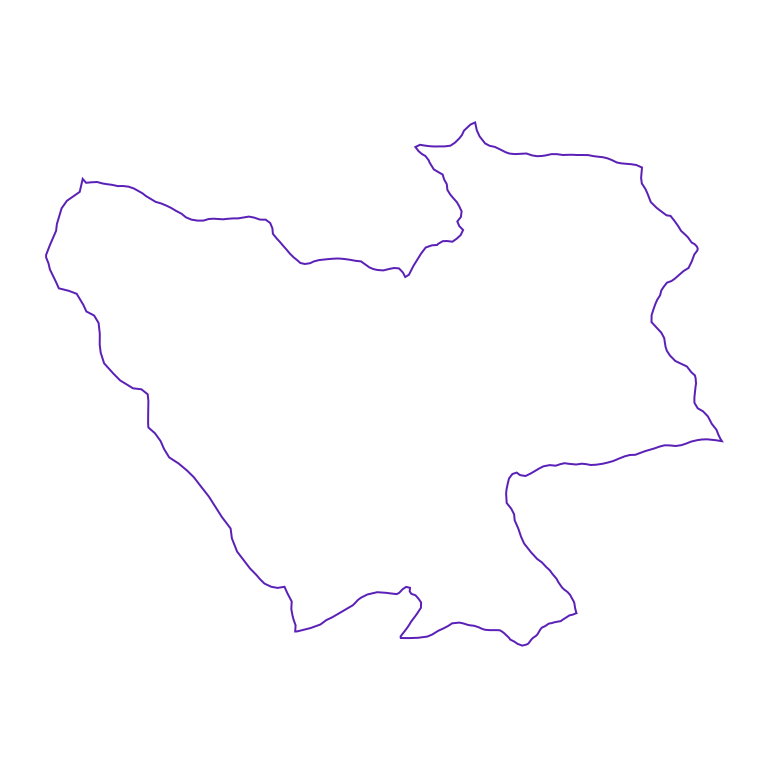 outline of Trashiyangtse, Tashi Yangtse, Bhutan
{"feature_id": "84629894B34864763924152", "entity_name": "Trashiyangtse", "entity_type": "district", "adm_level": 2, "iso_a3": "BTN", "parent_name": "Bhutan", "parent_adm1": "Tashi Yangtse", "projection": "mercator", "projection_center": [91.488, 27.563], "detail": "fine", "context": "isolated", "style": "outline", "palette": "violet", "viewbox_px": 768, "rotation_deg": 0, "n_neighbors": 0, "source": "geoboundaries", "source_scale": "gbopen_adm2", "svg_char_len": 5346}
<svg xmlns="http://www.w3.org/2000/svg" viewBox="0 0 768 768"><path d="M82.7,178.9L79.7,191.9L66.9,200.8L61.6,208.3L56.9,224.0L56.1,230.8L49.9,245.1L46.1,254.9L46.1,257.4L48.5,263.4L49.9,269.4L56.1,282.2L58.8,288.3L68.7,290.8L76.7,293.8L83.3,304.8L86.4,311.5L94.1,315.5L98.6,323.0L99.8,333.9L99.7,344.5L100.7,352.7L104.1,363.3L113.1,373.3L120.1,380.4L133.0,388.3L141.4,389.3L147.7,394.3L148.4,401.0L148.2,412.0L148.1,423.3L148.4,427.5L155.0,433.3L160.6,441.1L164.0,448.9L169.2,457.4L178.6,463.5L187.0,470.5L193.9,477.3L199.1,484.1L208.8,496.5L222.0,517.2L230.6,528.5L231.9,538.4L237.1,551.6L249.9,568.3L256.8,575.4L259.9,579.1L264.5,583.6L271.3,586.8L277.6,587.9L284.5,586.8L287.5,593.5L289.9,598.0L291.7,601.5L291.3,609.0L292.4,615.0L293.4,619.1L295.6,625.4L295.2,631.5L297.2,631.4L310.4,628.1L320.4,624.5L326.3,620.1L332.4,617.2L338.4,613.7L349.8,607.0L352.8,605.3L355.2,602.9L358.0,599.9L360.8,597.8L367.3,594.5L377.2,592.2L385.9,592.8L391.3,593.5L396.7,594.1L399.1,592.9L402.7,589.2L406.1,586.9L410.0,587.8L409.7,591.4L411.3,593.8L415.5,595.3L418.6,598.8L421.1,602.5L420.9,607.8L417.1,613.6L415.1,616.4L412.5,619.8L411.0,621.8L409.3,624.7L407.4,627.5L406.0,629.4L400.6,636.4L400.8,638.0L409.0,638.1L417.9,637.8L427.2,636.6L432.3,634.5L438.2,630.8L443.7,628.3L448.4,625.8L452.2,623.3L459.4,622.6L463.2,623.4L467.9,624.9L470.7,625.4L473.6,625.7L474.9,626.0L476.9,626.7L479.3,627.5L480.8,628.3L482.3,628.9L485.2,629.8L489.2,630.1L495.9,630.1L499.9,630.3L502.2,631.7L504.3,633.3L506.0,635.0L506.7,635.6L508.9,637.7L510.3,639.6L514.0,641.4L515.9,642.7L517.6,643.9L518.8,644.3L522.2,645.6L526.4,644.6L528.3,643.6L531.7,639.1L533.4,637.6L535.8,636.0L537.4,634.4L540.5,629.2L541.9,627.6L545.0,626.2L547.1,624.8L548.6,623.7L549.8,623.4L551.9,623.1L553.5,622.5L556.3,621.9L558.4,621.5L560.6,621.2L563.0,619.5L566.5,617.3L569.4,615.4L572.4,614.7L573.4,614.4L575.5,613.5L576.5,613.2L576.1,612.0L575.1,608.1L574.3,602.9L573.7,601.4L571.8,598.1L570.2,595.0L567.6,592.1L563.9,589.3L561.9,587.3L558.5,582.4L558.0,581.5L556.5,578.7L552.4,573.9L549.7,570.2L546.3,567.1L541.8,562.3L537.2,559.0L531.2,552.5L524.1,543.5L521.0,536.6L518.2,528.3L514.7,520.4L514.1,514.3L511.3,508.8L506.7,503.0L506.1,493.5L506.6,489.1L507.7,483.8L509.0,478.5L512.4,474.0L516.7,472.6L520.0,475.1L525.5,476.0L530.3,473.7L534.8,471.1L539.1,468.5L543.5,466.3L549.7,465.1L555.7,465.7L560.2,464.2L564.5,463.2L569.6,463.9L576.2,464.5L581.9,463.7L586.5,464.2L590.7,465.0L596.2,464.7L602.9,463.7L608.0,462.5L613.3,461.0L619.4,458.4L625.1,456.2L629.9,455.0L635.3,454.8L639.8,453.1L644.6,451.3L649.6,449.8L654.2,448.5L659.2,446.7L664.5,445.3L669.6,445.4L675.6,446.0L681.2,445.2L686.1,443.6L691.1,441.6L697.5,440.1L702.0,439.5L706.7,439.3L711.0,439.7L715.7,440.2L721.9,441.2L720.3,438.6L718.2,434.3L716.5,429.8L711.8,423.9L707.9,416.4L703.0,411.3L697.7,408.3L694.4,402.7L694.4,397.4L695.1,390.9L695.6,386.2L696.1,383.4L695.8,381.1L695.7,378.7L694.9,375.4L691.3,372.2L686.9,366.5L679.5,363.0L675.2,360.9L673.0,358.6L670.0,355.6L666.8,350.7L665.5,346.6L664.2,338.1L661.4,332.8L657.5,328.6L651.5,322.1L651.6,315.2L653.3,309.8L655.2,304.4L657.2,299.8L660.1,295.3L661.3,290.5L663.5,287.1L666.9,282.7L671.5,281.0L674.8,278.7L679.8,274.3L683.6,271.0L688.5,268.0L691.8,261.3L694.3,254.5L697.4,250.4L697.7,248.4L696.8,246.4L694.6,244.1L691.7,242.6L687.9,237.3L685.8,235.2L681.1,230.9L678.0,225.8L674.1,220.4L670.5,215.9L666.5,215.3L661.8,211.8L656.8,208.0L650.8,202.1L647.7,194.1L645.5,189.1L641.8,183.4L641.1,177.8L641.8,169.8L642.0,167.5L636.3,165.0L631.1,164.2L625.0,163.7L620.9,163.3L616.9,162.5L611.5,159.9L607.4,158.3L602.8,157.2L598.1,156.7L593.9,156.2L588.2,155.1L582.8,155.0L577.0,155.0L572.9,154.8L568.6,154.8L562.9,155.0L556.6,154.1L551.6,154.1L545.3,155.5L541.3,156.0L537.1,156.2L532.1,155.4L526.4,153.5L520.7,153.8L515.2,154.1L509.7,153.6L505.8,152.3L500.7,149.7L494.8,146.9L489.6,145.8L485.1,143.4L482.3,139.8L479.6,136.4L476.8,130.3L475.1,122.4L470.4,124.6L464.0,130.6L461.9,135.1L459.3,138.4L454.9,142.7L450.4,145.7L444.5,146.4L439.9,146.4L434.0,146.5L429.7,146.2L425.6,145.7L420.0,144.8L415.4,147.0L418.6,151.2L421.8,153.9L425.4,156.0L428.8,160.4L429.4,162.2L433.8,169.4L439.0,172.5L442.6,174.5L444.2,179.6L446.8,184.2L447.4,189.9L450.3,194.6L453.0,197.8L456.8,202.1L459.0,205.8L461.6,211.3L460.9,216.9L457.3,221.5L459.3,226.1L463.1,230.0L460.7,235.0L456.7,238.7L452.4,241.7L446.8,241.0L442.7,241.2L437.9,244.0L437.1,245.0L432.0,245.3L425.7,247.5L421.0,253.7L413.3,266.1L408.9,274.8L405.2,277.0L403.0,272.6L399.0,268.4L394.2,268.0L389.9,268.8L383.4,270.4L377.4,270.0L373.2,269.0L369.4,267.4L364.4,263.8L361.0,261.4L355.5,260.8L350.2,259.8L345.9,259.2L341.4,258.7L337.1,258.5L331.9,258.8L327.4,259.2L323.4,259.6L319.0,260.1L313.9,261.4L310.1,263.2L304.9,264.0L300.4,263.0L297.1,260.1L293.7,257.4L289.7,253.4L286.0,249.0L282.4,244.9L279.7,241.7L276.9,238.7L272.9,233.8L272.4,228.3L270.2,223.0L265.7,219.7L260.0,219.6L254.2,217.6L248.9,216.6L243.4,217.5L238.0,218.4L233.2,218.4L227.5,218.8L223.2,219.3L218.1,219.0L213.7,218.7L208.7,219.0L203.4,220.6L197.4,220.6L191.4,219.6L185.9,217.3L181.5,213.7L175.9,210.8L171.1,207.9L165.9,205.4L161.0,203.4L155.7,201.9L150.9,199.0L146.0,196.1L142.6,193.4L139.1,191.4L133.9,188.5L128.7,186.7L122.9,186.0L117.8,186.1L111.9,184.8L107.8,184.3L102.7,183.5L97.1,182.0L91.3,182.3L86.1,182.8L82.7,178.9Z" fill="none" stroke="#5b21b6" stroke-width="2"/></svg>